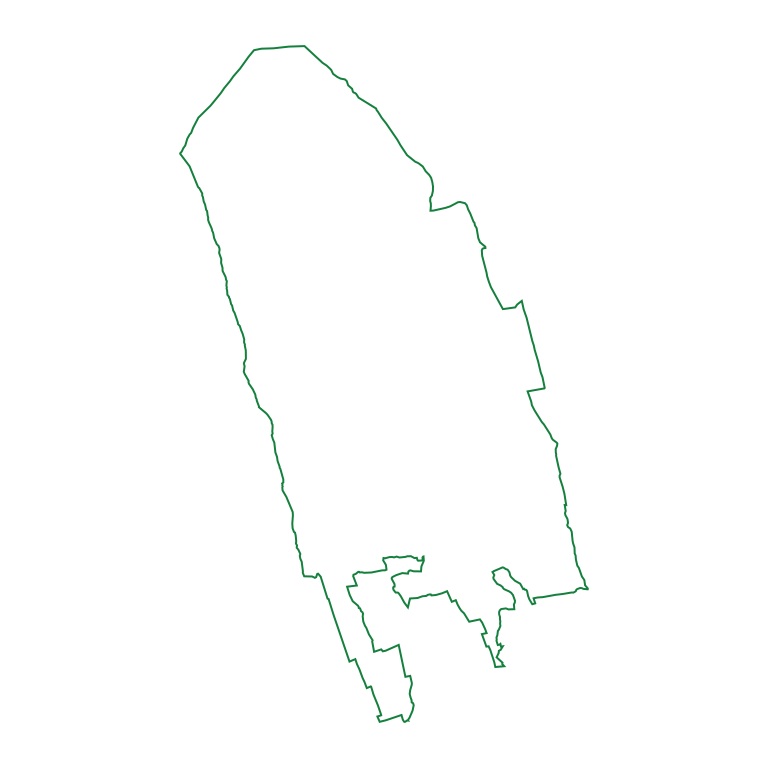 Bogdana, Vaslui, Romania (Robinson projection)
{"feature_id": "2599482B6283542308753", "entity_name": "Bogdana", "entity_type": "district", "adm_level": 2, "iso_a3": "ROU", "parent_name": "Romania", "parent_adm1": "Vaslui", "projection": "robinson", "projection_center": [27.624, 46.537], "detail": "fine", "context": "isolated", "style": "outline", "palette": "green", "viewbox_px": 768, "rotation_deg": 0, "n_neighbors": 0, "source": "geoboundaries", "source_scale": "gbopen_adm2", "svg_char_len": 6088}
<svg xmlns="http://www.w3.org/2000/svg" viewBox="0 0 768 768"><path d="M564.4,493.7L562.6,486.6L559.6,477.3L559.6,475.7L560.4,473.7L558.6,467.3L556.1,455.8L556.2,454.1L555.8,452.4L555.7,449.1L557.0,446.0L557.4,443.6L556.7,442.6L552.8,439.7L551.8,438.3L550.3,434.4L543.9,424.4L541.8,422.0L534.5,410.3L531.9,405.2L531.2,401.5L527.6,391.4L544.4,388.4L544.7,387.9L542.5,377.2L540.7,372.4L538.1,361.3L534.7,349.9L533.8,345.5L532.4,341.3L526.6,317.8L523.7,309.5L521.8,300.9L517.2,304.5L515.2,307.4L502.9,309.1L490.9,287.1L489.0,282.1L487.2,276.5L486.5,272.5L482.2,256.0L481.8,250.4L482.3,249.1L483.4,248.3L485.4,248.0L485.3,246.7L480.0,242.3L478.3,238.2L476.6,228.1L474.9,225.3L474.5,222.9L473.5,221.7L470.2,213.4L468.1,209.3L466.8,205.3L465.0,203.2L460.1,202.0L458.0,202.2L450.1,206.4L445.4,207.9L433.3,210.6L430.5,210.7L430.9,206.2L430.8,203.3L430.2,201.3L430.3,197.9L431.9,195.5L432.9,191.0L433.0,186.5L432.3,182.0L431.1,177.8L429.2,174.9L425.7,171.3L422.8,166.5L418.3,163.1L415.2,161.7L407.1,155.2L400.3,145.0L397.5,140.0L386.2,123.5L381.8,117.9L377.9,111.7L376.6,110.1L376.1,108.5L358.6,97.7L356.2,93.9L355.0,93.0L353.4,92.4L352.8,91.4L352.1,88.8L348.2,85.4L346.7,81.0L344.9,79.4L340.6,78.6L337.5,77.1L333.1,73.9L331.2,69.9L329.6,68.3L326.7,65.6L322.5,62.8L304.5,46.1L288.9,46.6L273.6,48.3L261.4,48.7L254.0,50.2L248.7,56.6L240.0,68.7L233.4,76.3L230.0,81.1L224.3,88.0L220.8,93.1L214.3,101.1L210.4,105.8L198.4,117.6L193.1,127.8L191.1,133.0L189.7,134.4L187.3,138.7L185.3,145.4L183.2,148.4L181.8,151.5L180.2,153.3L180.2,153.8L189.6,166.3L197.9,186.7L198.6,187.7L199.2,188.0L202.2,193.4L202.2,195.5L202.9,197.0L203.7,201.4L205.1,204.7L206.2,209.9L207.1,211.1L207.6,215.3L208.2,217.7L208.1,219.7L208.8,222.1L211.6,228.3L212.3,231.1L213.1,232.7L214.2,238.3L216.7,244.0L218.6,246.1L219.4,248.2L219.6,249.7L219.1,252.9L221.3,259.1L221.1,262.9L222.5,267.7L222.6,270.9L225.6,277.0L226.1,279.7L226.8,281.1L226.4,285.6L226.8,287.3L226.6,288.5L227.1,290.4L227.4,294.8L229.0,296.8L229.0,297.5L229.9,299.1L231.1,304.1L232.1,305.6L233.2,310.5L234.6,312.9L237.7,322.0L238.1,324.2L239.8,326.0L241.2,330.4L242.6,333.7L244.2,339.3L244.1,342.5L244.9,344.5L244.8,345.5L245.8,350.5L245.9,358.9L244.1,362.6L243.9,363.5L244.6,366.2L243.8,371.8L244.7,374.0L248.6,380.8L248.5,382.4L249.0,383.8L252.8,389.3L255.3,394.6L255.8,397.7L256.6,399.2L256.8,400.7L259.0,406.5L258.9,407.2L266.3,413.4L268.0,415.4L271.1,420.0L271.6,421.5L271.8,423.5L272.5,424.6L272.6,427.1L272.3,431.3L272.6,433.6L271.7,435.2L272.9,439.3L274.3,442.6L275.4,452.4L277.0,456.9L277.6,461.0L279.6,466.6L279.7,467.9L280.4,469.0L283.3,479.4L283.3,482.5L282.1,483.5L282.5,484.8L282.3,485.6L282.7,486.5L282.3,487.4L282.6,490.5L286.4,497.0L292.7,512.0L292.9,515.3L292.3,523.5L292.6,528.3L294.0,532.0L295.0,532.6L295.7,535.6L296.2,540.9L296.0,543.6L297.0,545.4L296.7,547.7L298.3,549.6L300.3,553.9L299.8,556.0L300.4,558.9L301.7,561.7L302.9,571.2L302.8,572.8L304.2,576.3L312.2,576.5L314.9,577.8L316.1,577.2L317.3,573.9L318.1,573.7L320.7,576.7L327.3,597.9L327.6,598.7L328.6,599.0L333.6,615.0L349.5,661.6L355.3,659.1L357.0,664.2L359.4,669.3L362.5,677.7L364.5,682.0L366.8,688.1L370.8,686.4L371.1,686.6L373.5,694.6L378.0,705.6L381.0,714.4L381.2,715.3L377.4,716.5L379.7,721.8L385.8,720.3L401.5,715.0L402.8,719.6L404.0,721.6L404.6,721.9L405.4,721.7L407.0,720.5L408.2,720.6L407.9,720.1L409.6,717.6L412.6,710.5L413.7,705.2L413.1,703.2L411.7,702.4L411.6,700.3L410.6,697.6L409.7,694.0L410.2,690.1L411.8,684.6L411.8,682.8L410.2,675.9L405.4,676.8L398.7,644.9L385.7,650.7L382.8,651.3L381.2,649.4L374.1,651.8L372.2,641.5L372.6,640.3L368.9,634.3L366.3,627.8L365.0,625.8L363.3,621.6L362.7,616.5L363.0,613.5L362.4,612.2L361.1,611.2L360.1,608.4L358.8,608.0L358.6,606.6L357.9,605.6L352.7,601.2L349.7,595.0L347.1,586.7L356.8,585.5L353.2,576.2L353.5,574.7L355.6,574.0L358.2,571.9L359.2,571.9L359.7,572.4L362.2,572.3L364.0,572.8L371.4,572.5L381.9,570.4L385.1,570.3L386.5,569.7L385.9,564.9L383.2,560.4L383.5,558.0L385.1,558.3L389.4,557.1L392.3,557.0L394.0,557.4L396.6,556.6L399.5,557.5L405.5,556.9L407.1,556.3L410.9,556.2L414.5,558.1L416.8,557.8L417.4,559.9L418.1,560.7L421.6,560.5L422.7,560.0L422.5,557.5L423.0,556.7L423.5,556.5L423.8,560.8L421.4,566.5L421.0,571.4L413.7,571.3L410.5,570.4L409.4,570.6L408.4,571.6L408.0,573.6L402.3,573.1L396.3,575.1L392.5,577.0L391.8,577.8L391.7,578.8L394.4,583.8L394.6,584.9L394.6,586.6L393.6,586.8L393.1,587.9L393.5,589.8L395.6,592.5L397.9,592.6L398.8,593.4L400.9,596.4L404.3,602.6L407.9,607.4L410.0,598.5L417.6,598.0L422.3,596.3L426.4,595.9L427.6,594.9L429.9,594.4L430.9,594.5L431.4,595.4L435.9,595.0L442.0,593.3L447.1,591.2L451.8,601.8L455.8,600.2L457.6,604.6L459.6,608.2L461.3,610.7L464.1,613.4L469.2,621.7L479.9,619.4L482.1,622.5L485.1,629.0L486.6,633.1L481.9,634.1L486.4,646.6L488.6,646.3L490.3,650.0L494.3,662.3L495.3,667.0L504.2,666.2L502.2,664.0L502.5,662.7L496.6,657.3L498.6,653.2L498.9,650.8L500.7,649.8L502.8,646.3L501.0,646.6L500.4,643.9L499.4,644.7L497.8,645.0L496.5,640.9L496.7,639.5L496.5,637.4L497.4,635.1L497.9,630.9L498.9,629.6L500.4,625.9L500.1,623.9L500.3,621.2L499.9,618.8L500.0,617.1L499.2,614.4L499.1,612.1L499.8,610.4L501.0,609.2L501.7,609.0L505.9,608.4L508.4,609.4L514.3,609.2L513.9,604.4L514.8,602.6L515.0,600.8L513.0,595.1L511.2,592.8L509.1,591.4L504.2,589.2L503.2,588.3L502.7,587.2L500.7,585.5L497.2,583.9L493.6,579.0L493.3,577.6L494.3,575.0L492.5,572.0L493.9,571.1L502.6,567.4L503.6,567.6L505.6,569.0L507.6,569.7L509.4,572.2L510.2,575.6L511.2,577.2L515.0,580.8L520.2,583.7L523.2,589.1L524.2,588.8L524.7,589.6L526.3,589.9L527.1,591.2L528.1,596.0L529.4,599.4L532.3,604.2L535.2,603.4L533.6,598.3L537.5,597.5L543.0,597.1L555.7,594.8L562.7,594.0L571.6,592.5L573.4,592.6L575.7,591.3L576.4,589.7L577.3,589.0L580.2,588.0L581.7,588.1L583.5,588.9L587.7,589.3L587.8,589.0L587.8,588.5L585.1,585.3L584.3,580.0L581.9,576.5L578.9,568.0L577.3,565.6L575.9,559.5L575.6,555.5L574.7,553.5L574.5,547.4L573.1,543.4L572.6,540.9L571.7,531.7L570.2,528.5L568.1,527.1L567.2,525.2L568.0,523.0L567.8,521.0L567.4,518.8L565.4,515.2L565.0,513.1L565.7,511.0L564.7,505.0L566.2,505.1L564.4,493.7Z" fill="none" stroke="#15803d" stroke-width="2"/></svg>